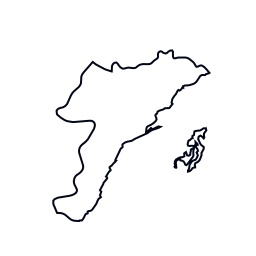 Jizan, Robinson projection, rotated 252°
{"feature_id": "SAU-887", "entity_name": "Jizan", "entity_type": "Region", "adm_level": 1, "iso_a3": "SAU", "parent_name": "Saudi Arabia", "parent_adm1": "", "projection": "robinson", "projection_center": [42.341, 17.347], "detail": "fine", "context": "isolated", "style": "outline", "palette": "ink", "viewbox_px": 256, "rotation_deg": 252, "n_neighbors": 0, "source": "natural_earth", "source_scale": "10m", "svg_char_len": 4227}
<svg xmlns="http://www.w3.org/2000/svg" viewBox="0 0 256 256"><g transform="rotate(252 128 128)"><path d="M188.6,192.1L188.1,194.0L186.7,194.3L183.3,193.2L181.2,192.8L180.1,193.3L179.7,194.6L179.6,196.7L179.2,198.5L177.1,204.8L176.0,206.5L174.2,208.0L170.5,210.4L169.3,210.9L166.0,211.6L165.1,212.0L164.8,213.3L165.0,214.7L165.1,216.3L164.4,217.8L162.2,219.5L159.2,220.9L155.2,222.5L155.1,222.2L155.1,218.7L154.5,217.7L155.6,214.6L155.1,212.7L151.0,207.6L150.0,205.4L149.7,203.6L149.8,199.3L150.8,195.2L150.8,193.4L149.2,193.0L149.8,192.3L148.8,191.2L147.9,189.7L147.7,188.4L148.6,187.7L148.1,186.7L145.8,184.4L145.2,183.7L144.1,181.9L142.2,179.5L141.6,179.0L138.9,177.4L138.0,177.3L137.1,177.8L134.2,173.4L135.4,169.1L134.8,167.6L134.8,162.8L134.4,161.2L133.6,160.6L132.8,160.1L132.4,158.8L131.8,158.0L130.2,157.9L128.5,158.0L127.3,157.8L126.3,156.8L125.4,155.3L124.4,152.6L124.0,151.1L123.6,147.8L123.2,146.5L122.4,145.7L118.6,143.9L118.8,145.6L119.4,147.1L120.9,149.9L119.2,151.0L120.1,157.4L119.1,159.2L118.7,157.2L118.6,150.5L118.3,148.5L117.1,144.8L115.6,131.6L115.1,129.3L114.7,127.6L115.2,122.8L115.1,120.7L114.5,118.5L113.9,117.6L113.1,117.3L112.3,117.2L111.6,117.0L111.2,116.6L111.0,115.7L110.5,114.6L101.4,106.0L100.6,105.7L100.4,106.3L99.8,105.4L98.9,103.4L97.3,100.8L96.8,99.2L96.4,98.4L95.8,98.1L93.9,98.5L93.0,98.3L92.6,97.1L92.2,96.3L88.6,92.1L88.4,92.3L87.9,92.6L87.2,92.8L86.8,92.8L86.0,91.9L83.4,87.8L82.5,87.3L77.5,82.1L75.7,82.9L72.5,80.5L70.6,80.9L69.8,78.3L68.4,76.7L66.6,75.3L64.9,73.5L61.3,68.6L60.8,66.9L60.9,65.7L61.2,64.6L61.0,63.8L60.0,63.5L59.3,63.3L59.2,62.5L59.3,61.7L59.1,61.0L55.6,57.5L54.3,55.5L55.0,53.6L54.6,53.0L56.1,48.9L57.0,47.3L58.3,45.7L59.9,44.5L65.1,41.3L66.7,39.6L67.7,38.1L69.2,34.3L78.7,33.5L82.0,34.5L82.9,36.0L83.2,37.8L83.4,39.8L81.6,51.4L81.5,53.6L81.6,55.8L82.4,58.5L83.8,59.9L85.4,60.4L91.0,59.6L92.9,59.7L94.8,60.3L97.0,61.7L98.3,63.2L98.9,64.2L100.0,67.8L100.8,69.7L102.6,72.1L104.4,73.2L106.3,73.7L119.5,73.9L121.6,74.4L124.0,75.8L125.6,77.7L126.6,79.7L127.3,81.7L128.3,84.0L129.7,86.4L137.6,95.3L139.7,96.8L141.6,97.6L143.3,97.6L144.8,96.9L146.1,95.5L146.8,93.6L150.6,77.6L152.5,73.8L153.6,71.9L155.1,70.2L158.6,67.3L162.5,64.9L163.2,64.7L166.5,65.4L167.6,66.9L168.0,68.7L167.8,72.7L168.3,75.1L169.7,77.6L176.2,83.4L178.3,85.7L179.5,87.7L182.2,93.9L183.5,95.7L185.1,97.1L191.5,99.6L193.3,101.2L194.7,103.2L201.7,114.9L198.4,117.1L191.1,124.1L187.0,129.6L186.8,130.0L191.6,131.8L193.3,133.2L194.2,135.2L193.9,137.2L192.0,138.2L190.0,138.7L187.8,139.7L186.1,141.3L185.6,143.2L185.6,145.4L185.2,147.4L183.4,151.2L182.9,153.2L183.2,154.8L183.9,156.4L184.4,158.5L184.4,160.6L184.0,162.5L182.7,166.2L182.1,168.6L182.4,170.3L184.2,174.1L185.2,177.6L186.2,178.5L189.3,179.4L190.2,180.2L190.8,181.2L190.9,182.5L190.5,183.5L189.9,184.0L189.1,184.4L188.4,185.0L187.2,187.0L187.3,188.3L188.1,189.8L188.6,192.1ZM104.2,190.1L104.2,191.5L104.0,193.2L103.4,195.3L103.6,196.9L104.4,199.8L103.5,201.7L103.6,201.9L101.6,201.8L99.3,198.6L97.4,197.9L95.6,197.7L94.7,196.8L97.0,195.7L98.4,194.5L97.9,192.5L95.7,191.3L93.6,191.6L91.1,191.8L89.4,192.3L87.8,193.3L86.4,194.2L84.7,193.5L82.8,191.5L81.5,190.1L79.5,189.6L77.3,187.9L75.3,186.1L74.2,184.1L73.7,181.1L72.2,180.0L70.8,180.0L69.8,179.7L70.0,179.1L69.9,177.0L68.6,175.2L67.9,173.3L68.0,171.6L69.2,172.0L69.7,172.7L70.7,173.6L74.0,175.3L75.8,177.5L76.7,178.9L77.0,181.3L76.9,182.4L78.4,184.3L79.9,185.6L80.5,186.0L83.5,185.7L84.5,187.4L86.2,187.6L87.9,187.0L89.4,186.8L90.4,188.0L90.4,189.1L91.4,189.1L93.9,187.9L91.6,187.4L90.3,185.2L91.3,183.5L92.0,180.7L92.5,179.8L93.7,179.6L94.3,179.8L94.9,180.1L97.3,181.7L97.4,183.3L98.5,185.3L98.3,186.3L100.4,186.7L101.0,188.6L104.2,190.1ZM81.6,181.8L80.4,180.7L79.2,178.9L77.0,175.9L75.2,173.2L74.6,172.1L75.5,171.1L77.5,171.0L79.0,170.5L80.1,169.5L81.0,167.8L81.8,167.8L82.0,167.9L82.5,165.9L81.8,163.6L80.7,163.0L79.5,162.5L78.5,162.4L76.6,161.9L75.5,161.8L75.3,161.4L75.9,160.6L76.7,160.3L77.0,161.1L79.7,161.4L81.8,162.3L83.3,164.2L83.3,164.6L83.9,167.2L83.9,169.0L83.4,171.1L83.7,172.9L86.5,173.6L87.2,175.7L83.8,175.8L82.8,177.2L83.3,178.9L85.3,179.7L86.5,180.5L88.1,181.2L88.6,183.6L88.6,184.7L86.2,183.1L83.1,182.1L81.6,181.8Z" fill="none" stroke="#020617" stroke-width="2"/></g></svg>